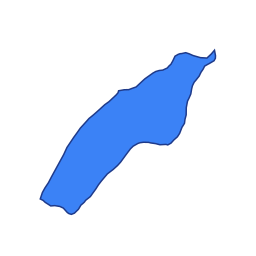 the district of Oredo, Edo, Nigeria, rotated 16°
{"feature_id": "59680162B51317919954642", "entity_name": "Oredo", "entity_type": "district", "adm_level": 2, "iso_a3": "NGA", "parent_name": "Nigeria", "parent_adm1": "Edo", "projection": "mercator", "projection_center": [5.573, 6.23], "detail": "fine", "context": "isolated", "style": "filled", "palette": "blue", "viewbox_px": 256, "rotation_deg": 16, "n_neighbors": 0, "source": "geoboundaries", "source_scale": "gbopen_adm2", "svg_char_len": 1614}
<svg xmlns="http://www.w3.org/2000/svg" viewBox="0 0 256 256"><g transform="rotate(16 128 128)"><path d="M189.7,29.4L187.7,33.8L185.8,37.0L184.6,39.0L181.4,39.7L178.2,40.4L176.5,40.4L174.4,40.4L174.2,40.4L171.8,40.4L171.4,40.4L170.6,40.4L166.2,39.8L162.7,39.7L159.0,41.7L157.6,42.2L155.9,43.4L153.4,46.0L152.6,50.9L152.4,52.0L152.1,53.0L151.7,54.9L150.4,56.9L149.2,59.5L145.4,62.8L142.2,64.1L139.0,66.1L137.7,67.5L137.1,68.0L130.8,75.9L129.6,77.8L124.5,86.3L120.7,89.0L118.2,90.9L113.8,92.3L108.7,94.8L108.7,96.9L107.5,99.5L102.4,108.0L99.3,111.9L93.6,121.1L91.1,125.0L87.9,129.6L85.4,134.8L82.2,141.3L80.4,146.5L78.5,151.7L74.7,163.5L73.5,171.3L72.2,177.1L69.1,190.8L67.8,196.6L66.6,202.5L64.7,208.4L63.5,213.6L63.2,220.4L66.4,221.0L68.9,222.3L73.3,223.6L75.2,224.2L79.0,222.8L84.1,222.2L87.9,222.8L93.0,226.0L94.9,226.6L97.4,226.6L100.0,224.6L102.8,219.7L104.0,215.1L105.5,212.9L106.5,211.2L107.2,209.2L110.7,204.3L112.0,200.6L113.9,195.4L115.2,190.9L117.0,186.3L120.8,177.8L125.2,171.9L128.4,166.7L130.3,162.8L133.6,153.8L136.1,147.3L138.0,144.0L141.8,140.1L143.7,138.8L146.9,137.4L151.9,136.1L153.8,136.1L158.9,135.4L163.3,135.3L169.0,133.3L170.9,133.3L173.5,130.7L175.4,126.8L177.9,122.9L179.1,118.9L179.7,112.4L180.3,110.4L181.0,107.9L180.4,104.0L180.3,99.4L178.4,92.3L177.8,85.8L178.4,82.6L179.0,78.0L178.4,72.8L178.3,69.6L178.4,69.0L178.8,66.7L179.0,65.7L180.2,63.1L181.0,61.1L182.1,58.5L182.5,55.9L182.7,55.0L182.7,54.6L182.9,54.0L184.0,50.7L184.6,47.4L187.6,44.3L187.8,44.2L192.2,39.6L192.5,38.1L192.8,37.0L192.2,34.4L190.9,31.8L189.7,29.4Z" fill="#3b82f6" stroke="#1e3a8a" stroke-width="1.5"/></g></svg>